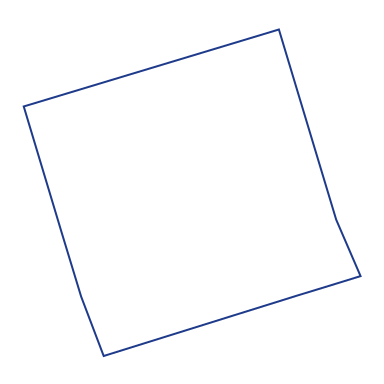 Madison, Iowa, United States of America (orthographic projection), rotated 73°
{"feature_id": "52423323B39723514733384", "entity_name": "Madison", "entity_type": "district", "adm_level": 2, "iso_a3": "USA", "parent_name": "United States of America", "parent_adm1": "Iowa", "projection": "orthographic", "projection_center": [-93.933, 41.334], "detail": "fine", "context": "isolated", "style": "outline", "palette": "blue", "viewbox_px": 384, "rotation_deg": 73, "n_neighbors": 0, "source": "geoboundaries", "source_scale": "gbopen_adm2", "svg_char_len": 291}
<svg xmlns="http://www.w3.org/2000/svg" viewBox="0 0 384 384"><g transform="rotate(73 192 192)"><path d="M192.7,328.5L259.5,328.6L323.0,324.4L322.2,189.7L321.8,122.1L321.8,80.3L321.7,55.4L260.6,62.2L62.0,61.4L61.0,327.9L192.7,328.5Z" fill="none" stroke="#1e3a8a" stroke-width="2"/></g></svg>